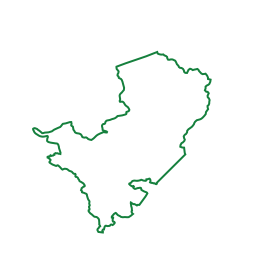 Barreirinha, Amazonas, Brazil (Albers equal-area conic projection), rotated 226°
{"feature_id": "56859067B80931360184999", "entity_name": "Barreirinha", "entity_type": "district", "adm_level": 2, "iso_a3": "BRA", "parent_name": "Brazil", "parent_adm1": "Amazonas", "projection": "albers", "projection_center": [-57.163, -3.133], "detail": "fine", "context": "isolated", "style": "outline", "palette": "green", "viewbox_px": 256, "rotation_deg": 226, "n_neighbors": 0, "source": "geoboundaries", "source_scale": "gbopen_adm2", "svg_char_len": 5661}
<svg xmlns="http://www.w3.org/2000/svg" viewBox="0 0 256 256"><g transform="rotate(226 128 128)"><path d="M180.1,162.3L179.3,161.5L178.1,160.8L177.1,160.8L175.3,160.6L174.5,159.6L174.2,159.1L173.9,157.9L173.0,156.9L171.4,156.9L171.1,156.6L170.4,156.2L168.2,157.0L166.9,156.9L165.2,156.2L159.6,153.1L158.2,151.4L158.0,149.4L157.8,148.0L157.9,147.1L157.8,145.9L157.6,145.3L157.3,144.7L156.8,144.2L154.8,142.8L154.3,142.5L153.8,141.9L153.3,140.9L152.9,140.6L152.3,140.5L151.3,141.8L150.8,142.3L150.3,142.5L149.1,142.6L147.5,142.2L146.6,142.0L145.4,142.0L143.0,142.4L141.5,142.1L140.3,141.7L139.7,140.9L139.8,139.8L140.6,138.1L140.4,137.6L139.4,136.8L139.3,136.2L139.5,135.6L141.1,132.6L143.9,128.7L143.8,128.1L143.8,127.4L144.0,126.0L144.2,125.2L144.9,123.7L145.3,123.1L146.4,120.5L147.9,118.2L148.2,117.5L148.1,116.4L147.9,115.7L147.4,115.1L147.2,114.5L147.3,113.9L148.0,113.0L148.1,112.5L148.1,111.9L147.8,111.0L147.0,110.3L145.7,109.6L144.2,108.4L143.4,108.5L140.4,110.2L139.7,110.2L139.5,109.6L140.6,108.6L142.3,107.5L142.3,106.8L143.3,104.4L144.1,101.9L144.4,100.2L144.4,96.0L144.8,93.4L146.1,92.5L147.7,91.7L149.1,91.7L150.4,91.3L151.5,89.8L153.1,88.9L155.4,89.6L156.5,89.6L157.9,89.0L160.2,87.3L161.7,86.9L162.9,87.3L164.8,87.6L165.7,88.3L167.3,89.3L168.8,88.9L169.5,89.1L170.2,90.3L171.7,91.3L172.5,90.5L174.6,86.4L176.2,84.1L176.2,83.2L175.9,81.4L175.8,80.0L176.7,77.7L178.1,73.7L178.5,70.9L180.1,67.8L182.5,64.9L183.2,63.5L183.9,62.7L186.1,62.5L187.8,62.3L188.9,62.0L190.5,61.9L191.1,61.6L192.0,61.2L192.7,60.8L193.0,60.3L193.3,59.7L193.3,59.1L192.6,58.6L189.8,57.7L188.2,57.7L186.5,58.1L184.4,58.6L183.3,59.0L181.9,59.9L180.9,60.7L179.9,62.0L178.4,64.4L177.7,64.5L177.1,64.0L176.4,62.5L175.0,60.9L174.3,60.8L173.2,61.0L171.2,62.2L167.5,65.0L166.2,66.1L165.6,66.3L164.6,66.3L162.6,65.3L161.6,64.5L157.1,62.3L156.3,61.3L157.0,60.9L157.4,60.4L158.1,60.0L158.7,59.8L159.2,59.3L159.6,58.8L160.2,58.5L160.3,57.9L160.6,57.2L159.8,56.4L160.2,55.6L160.3,54.7L160.7,54.4L161.1,54.0L161.2,53.4L161.7,53.1L162.2,53.1L162.1,52.5L161.9,51.9L162.8,51.0L163.1,50.1L162.6,49.6L162.1,49.8L160.7,50.1L159.0,50.2L158.5,49.6L158.1,47.8L157.6,47.6L156.8,47.7L154.2,48.3L150.9,49.8L150.4,50.3L150.3,51.1L149.9,51.6L149.0,51.8L147.1,51.9L144.4,51.8L143.6,52.0L143.3,52.8L143.0,53.6L142.7,54.1L142.1,54.7L141.1,55.4L140.3,55.7L138.0,56.0L135.9,57.1L135.2,57.2L133.5,57.1L132.7,57.3L132.1,57.7L131.6,58.2L130.8,57.9L130.4,57.3L129.8,56.6L129.2,56.5L128.5,57.0L127.7,57.3L127.0,57.3L125.5,56.8L124.9,56.8L124.3,56.6L123.7,56.3L123.1,56.3L121.4,56.9L120.8,57.0L120.0,57.2L119.2,57.4L118.2,57.3L116.8,57.0L116.3,56.5L116.3,55.9L116.7,55.3L116.9,52.8L116.5,52.3L115.9,51.0L114.4,51.0L113.7,50.3L112.8,50.7L112.3,51.1L109.5,52.3L108.6,52.1L108.0,51.6L105.5,50.3L104.3,49.8L103.5,49.6L102.9,49.6L102.0,49.3L101.5,48.8L100.6,47.6L100.1,47.3L99.1,46.9L98.8,46.5L98.5,45.3L98.0,44.9L96.4,44.1L96.0,43.5L96.2,42.6L95.9,42.2L95.3,41.8L94.5,41.7L92.6,41.6L91.3,41.9L88.0,42.1L87.4,42.3L85.9,43.5L85.3,43.7L84.3,43.8L83.1,43.8L81.8,43.2L79.2,41.0L78.9,40.5L77.8,40.1L77.1,40.0L76.6,39.7L76.8,39.2L76.8,38.5L76.4,37.3L76.5,36.7L76.4,36.0L76.1,35.4L75.6,35.0L73.8,34.5L70.3,37.3L70.8,37.9L71.5,37.9L71.9,38.1L72.2,38.7L72.3,39.5L71.7,40.2L73.1,42.4L73.3,43.3L73.3,43.8L73.0,44.3L72.1,44.8L71.6,45.2L70.5,46.6L70.3,47.2L70.5,48.3L70.2,48.9L69.7,49.2L68.9,49.5L68.7,50.5L68.8,51.9L69.0,52.6L69.9,52.9L70.5,52.7L70.9,52.3L71.4,52.3L72.4,52.9L73.2,53.9L73.5,54.7L73.9,55.1L74.5,54.8L74.9,54.2L75.3,54.5L75.6,55.1L75.9,58.3L75.7,59.1L75.6,60.0L75.0,60.3L73.6,60.2L72.4,60.2L69.8,61.1L69.2,61.1L68.2,61.7L67.4,62.3L66.1,63.9L64.4,65.4L63.4,66.6L62.9,69.1L62.7,71.9L63.7,71.8L64.8,72.1L65.3,72.4L65.7,72.9L65.7,73.5L66.1,73.8L66.6,74.1L67.9,75.2L69.5,76.0L70.8,77.0L71.9,77.7L72.4,78.3L71.9,78.5L70.5,78.6L69.2,79.2L68.9,79.7L68.2,80.0L66.9,80.4L66.1,80.6L66.1,81.2L65.9,81.7L64.8,82.8L66.6,93.2L67.5,96.5L68.2,96.7L68.9,96.6L71.0,95.6L73.2,94.9L74.3,94.7L75.0,95.2L75.7,95.6L76.5,95.3L77.0,94.7L77.5,93.9L78.0,93.3L79.1,91.0L79.7,90.5L81.0,90.3L81.5,90.4L81.8,90.9L81.8,91.5L82.5,91.6L83.3,90.4L83.8,90.2L85.4,89.9L86.8,89.9L87.1,90.3L86.9,90.8L86.8,91.5L86.5,92.3L86.8,93.8L86.7,94.5L85.9,95.9L83.6,97.9L83.2,98.6L82.7,99.1L82.3,99.9L81.8,100.7L81.6,101.5L81.0,101.9L79.6,102.5L78.2,103.6L77.7,104.1L77.6,104.7L78.0,105.1L78.3,105.6L77.8,106.0L77.0,107.7L76.6,108.3L75.9,108.3L75.1,108.0L74.2,107.3L73.6,106.1L72.4,106.6L71.2,107.7L70.6,107.8L70.2,108.2L69.8,108.7L68.6,108.9L68.0,109.3L67.9,110.1L68.5,110.5L68.6,111.0L69.2,150.9L70.5,151.4L74.9,154.7L76.4,153.4L78.2,152.6L79.3,154.0L79.9,156.0L79.5,157.5L79.6,159.6L80.2,160.8L81.7,161.3L83.3,162.3L83.7,164.2L83.4,165.5L83.8,167.4L84.9,168.7L85.1,170.7L84.9,171.7L84.5,174.7L84.6,176.2L84.9,178.0L85.5,179.1L85.9,180.6L85.8,182.9L84.2,185.8L83.7,187.3L83.6,189.1L83.7,191.2L84.0,193.5L85.3,195.2L85.7,197.3L85.9,198.7L87.5,199.6L88.6,200.5L88.5,201.9L89.1,203.3L90.5,204.8L91.4,206.1L93.1,206.8L94.6,206.7L95.9,207.6L96.9,210.2L98.7,210.4L99.7,209.5L101.7,209.5L102.5,211.2L103.9,212.6L103.8,214.3L103.3,215.7L103.2,217.1L104.1,219.3L105.4,221.0L107.7,219.6L108.8,220.6L110.8,221.3L113.2,221.5L113.9,220.4L114.9,219.1L116.3,218.6L119.7,218.7L121.0,219.1L122.3,218.9L123.1,217.5L123.9,216.3L124.7,214.8L126.2,214.5L127.5,213.8L127.8,212.0L126.6,208.7L127.9,207.5L129.4,207.4L130.6,208.2L132.4,208.6L134.0,208.2L135.2,207.2L136.5,207.0L137.8,207.5L139.9,207.5L142.0,208.3L143.6,208.7L146.3,207.7L147.5,206.6L148.3,205.2L149.3,204.3L150.7,204.6L152.0,205.5L153.5,205.3L154.9,204.6L156.4,204.5L157.2,203.4L158.2,202.5L159.6,201.6L160.9,201.1L162.4,201.8L167.0,190.8L176.2,171.2L180.1,162.3Z" fill="none" stroke="#15803d" stroke-width="2"/></g></svg>